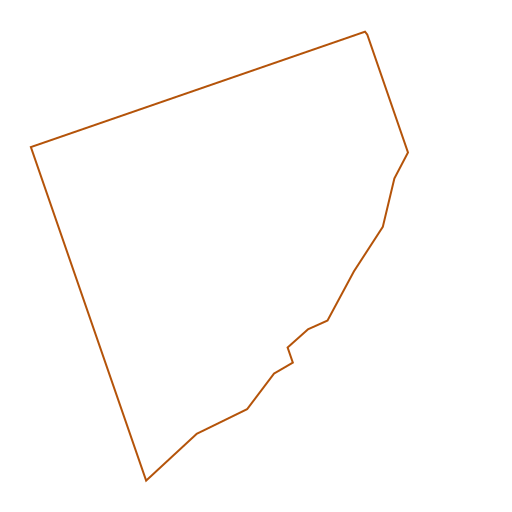 Polk, Nebraska, United States of America, rotated 161°
{"feature_id": "52423323B76497945553025", "entity_name": "Polk", "entity_type": "district", "adm_level": 2, "iso_a3": "USA", "parent_name": "United States of America", "parent_adm1": "Nebraska", "projection": "equal_earth", "projection_center": [-97.618, 41.222], "detail": "fine", "context": "isolated", "style": "outline", "palette": "amber", "viewbox_px": 512, "rotation_deg": 161, "n_neighbors": 0, "source": "geoboundaries", "source_scale": "gbopen_adm2", "svg_char_len": 353}
<svg xmlns="http://www.w3.org/2000/svg" viewBox="0 0 512 512"><g transform="rotate(161 256 256)"><path d="M433.4,432.3L433.0,79.4L369.9,107.2L314.2,114.1L277.2,139.0L255.9,143.2L255.9,159.2L230.6,169.8L209.4,171.7L168.3,209.7L126.6,242.3L99.9,284.3L78.6,304.4L78.7,429.1L79.9,432.6L433.4,432.3Z" fill="none" stroke="#b45309" stroke-width="2"/></g></svg>